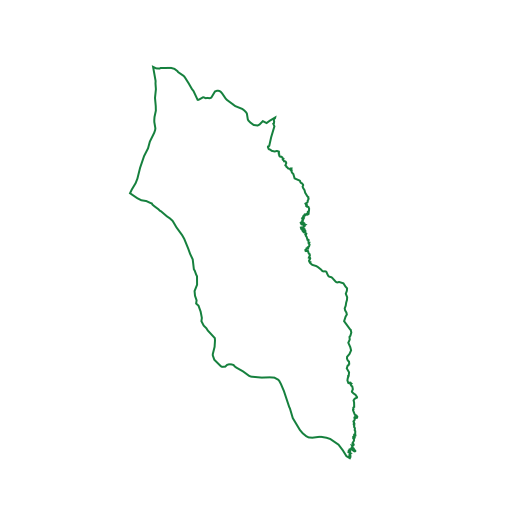 outline of Nambak, Louangphrabang, Laos, rotated 121°
{"feature_id": "54806243B57265531802207", "entity_name": "Nambak", "entity_type": "district", "adm_level": 2, "iso_a3": "LAO", "parent_name": "Laos", "parent_adm1": "Louangphrabang", "projection": "albers", "projection_center": [102.383, 20.596], "detail": "fine", "context": "isolated", "style": "outline", "palette": "green", "viewbox_px": 512, "rotation_deg": 121, "n_neighbors": 0, "source": "geoboundaries", "source_scale": "gbopen_adm2", "svg_char_len": 6057}
<svg xmlns="http://www.w3.org/2000/svg" viewBox="0 0 512 512"><g transform="rotate(121 256 256)"><path d="M270.5,137.4L266.5,146.9L261.8,148.0L259.4,148.0L257.9,149.4L256.7,151.6L255.2,153.0L252.4,153.5L249.5,154.7L246.8,155.4L244.4,156.6L242.1,159.6L239.0,160.2L236.8,161.3L236.1,163.6L234.4,167.0L235.5,171.5L236.6,172.4L237.0,173.4L237.0,174.4L235.4,179.7L235.4,180.7L236.0,182.5L235.9,183.6L235.0,185.2L233.4,187.4L233.3,188.1L233.6,189.0L234.5,190.3L234.7,191.4L234.1,193.4L233.6,197.3L233.6,199.2L234.6,203.2L234.5,204.0L234.1,206.1L233.9,206.4L233.3,206.3L233.4,207.4L232.8,208.1L231.2,208.1L230.9,208.6L230.0,208.4L229.4,209.3L229.8,209.9L227.6,210.2L226.7,211.2L226.8,211.7L226.3,212.6L225.6,213.2L225.4,213.9L224.8,214.3L226.1,215.7L226.1,216.2L225.4,216.8L224.3,216.3L223.5,216.6L222.7,215.3L222.1,215.3L221.8,216.1L220.3,215.5L218.7,215.9L218.3,216.9L217.4,217.1L217.8,217.6L216.3,218.7L215.2,219.1L215.1,219.5L215.6,220.2L213.4,222.6L213.1,223.6L212.7,223.8L212.3,224.6L211.6,224.2L210.9,224.4L210.9,225.7L209.6,226.3L210.0,226.8L208.9,227.1L208.6,227.7L208.0,228.1L208.0,228.6L208.5,228.6L209.2,228.1L210.0,228.1L210.5,227.3L211.0,227.5L210.4,229.2L209.4,230.3L209.5,231.2L208.5,232.2L208.1,231.8L207.9,230.4L207.2,230.0L206.7,230.4L205.5,229.7L205.2,229.8L205.1,230.4L203.8,229.8L203.9,230.3L205.2,231.0L205.0,231.4L203.9,230.8L203.9,231.5L203.4,232.1L204.2,232.6L203.9,233.1L204.0,233.3L204.9,232.6L205.3,232.8L205.4,233.4L204.5,234.8L203.9,234.6L203.0,233.1L202.9,234.1L202.7,234.2L202.4,233.8L201.8,234.0L201.8,234.6L201.5,234.7L200.7,234.4L200.3,235.2L199.8,234.5L199.3,234.5L199.6,235.2L199.3,235.7L198.4,235.0L197.8,235.1L197.8,235.9L197.5,236.0L197.1,235.7L195.3,235.7L195.0,235.2L195.3,234.6L194.1,234.4L193.7,233.8L194.3,233.6L194.1,233.2L193.0,232.6L192.7,232.7L192.7,233.5L192.1,233.1L191.5,233.4L192.2,234.0L191.5,234.3L191.0,233.8L190.8,234.1L190.1,233.8L188.0,234.9L186.9,236.4L187.5,237.7L187.3,238.7L186.1,238.6L185.9,238.9L186.2,239.7L185.6,240.6L183.8,239.6L182.9,239.6L181.9,240.2L180.6,240.2L179.7,240.5L179.4,241.1L178.6,241.4L178.4,242.7L176.4,246.5L174.6,248.3L173.3,250.9L172.5,251.8L171.1,252.0L170.6,252.4L170.0,254.3L170.2,255.2L169.9,255.9L169.0,256.9L168.9,257.5L169.6,262.9L166.5,266.2L166.1,267.8L165.3,269.1L164.2,269.5L164.4,270.4L162.7,270.7L163.0,271.3L164.0,271.9L164.4,273.7L163.9,274.9L164.0,275.6L163.4,276.4L163.2,277.5L160.8,277.9L160.1,278.6L159.8,279.5L160.4,280.7L159.9,281.3L159.6,282.7L158.5,282.7L158.6,283.4L157.9,284.3L157.9,285.8L158.4,286.3L158.4,287.0L158.0,287.8L156.7,288.6L156.7,289.1L155.8,289.7L155.0,289.8L154.7,290.2L155.2,292.2L156.8,293.8L157.8,296.8L157.5,298.4L157.8,299.6L157.7,300.3L156.5,301.9L156.0,302.1L155.5,301.6L154.7,301.4L146.3,304.2L135.4,307.0L133.7,309.3L133.0,309.0L131.4,309.7L129.9,311.1L128.0,310.7L127.4,310.9L133.0,313.9L136.6,315.4L136.9,319.6L141.5,320.7L143.3,321.8L144.9,325.5L144.5,329.6L143.8,332.3L143.1,333.4L138.7,337.1L138.0,338.3L137.3,340.9L137.0,343.4L138.2,351.0L137.2,361.2L136.7,363.1L134.1,368.7L133.4,370.9L133.4,372.2L133.8,373.5L134.5,374.6L136.1,375.9L143.0,375.9L143.6,376.1L144.7,377.1L145.5,379.0L146.7,380.5L146.9,382.4L147.2,383.1L150.9,385.2L151.9,385.9L152.2,386.5L146.8,394.5L145.9,396.9L142.6,402.8L139.4,409.2L138.9,410.7L138.5,417.4L138.0,418.5L137.6,422.3L138.5,425.6L144.0,434.6L145.0,435.2L146.6,438.2L146.9,441.6L157.7,432.2L159.9,431.0L164.6,427.7L172.5,424.0L179.2,419.1L183.0,416.7L189.1,414.6L191.7,413.3L193.5,412.2L198.4,408.0L200.1,407.3L202.9,406.7L212.6,405.9L219.3,404.0L228.0,403.4L240.0,400.8L250.8,397.5L255.6,396.7L262.9,396.7L267.1,396.3L267.6,387.5L267.3,383.1L265.4,378.3L264.9,373.6L264.6,372.4L265.3,371.2L265.7,368.7L266.2,363.6L266.7,361.8L266.6,360.5L267.9,352.8L268.1,349.2L268.8,345.7L269.5,344.3L272.4,339.0L276.2,330.0L278.3,326.3L284.5,318.0L288.1,313.6L291.5,308.5L299.4,302.4L300.1,301.0L302.7,297.8L303.8,296.1L311.0,291.7L317.7,290.6L321.5,287.8L324.6,284.1L327.6,282.8L328.2,279.7L332.2,274.8L337.0,270.5L340.0,269.2L342.6,265.0L343.5,261.3L344.7,259.0L347.6,249.0L349.6,247.6L355.2,244.7L362.4,242.5L363.5,241.8L366.4,238.3L368.6,229.3L368.5,228.0L366.7,225.4L364.2,224.7L362.7,223.3L361.6,221.3L361.0,219.1L361.6,217.4L361.8,215.3L361.6,207.7L362.3,200.0L361.9,198.0L357.3,188.5L352.9,181.7L350.8,177.6L350.6,173.2L351.1,171.7L352.9,168.7L357.4,162.5L368.3,149.8L369.2,148.4L376.0,141.0L382.5,128.8L383.9,124.7L384.6,120.1L384.4,117.5L382.8,114.2L378.4,108.6L377.4,106.9L375.5,102.0L374.6,98.1L375.2,88.1L377.9,81.4L381.0,75.4L381.0,71.4L379.8,71.5L379.2,71.8L379.3,72.7L378.7,72.3L378.4,72.4L378.2,73.3L377.7,73.3L377.7,73.7L377.3,73.8L376.7,73.3L376.7,73.9L375.6,74.0L375.4,74.3L375.5,74.7L376.4,75.3L376.5,75.7L375.0,76.3L374.6,76.1L374.7,75.3L374.3,75.3L373.5,76.1L373.0,75.7L372.6,73.8L372.8,71.1L372.6,70.7L372.2,70.4L371.7,70.7L371.4,72.7L370.7,73.0L370.6,74.2L371.3,74.8L371.2,75.3L370.7,75.4L369.7,75.1L369.3,75.4L368.9,76.3L368.4,75.3L367.5,75.0L367.0,75.6L366.7,76.9L364.1,76.9L363.2,77.2L362.7,77.6L362.2,78.8L361.3,79.3L361.2,78.7L361.6,78.2L361.4,77.9L360.9,77.8L360.6,78.2L360.6,79.1L359.2,79.2L358.9,79.8L358.5,79.8L358.4,79.4L358.9,78.5L358.8,78.3L358.4,78.4L357.7,79.2L355.0,80.7L354.4,81.8L353.3,82.1L352.4,82.9L352.0,83.9L350.8,84.4L350.2,85.4L349.8,85.5L349.2,85.2L348.8,86.2L348.2,86.2L347.5,87.3L346.2,87.0L345.3,87.2L343.7,88.5L343.1,88.3L343.3,86.8L342.6,86.1L341.6,86.4L341.0,87.8L341.2,89.5L338.2,93.4L337.7,93.7L337.2,93.5L336.2,94.4L335.3,94.4L334.8,94.1L331.0,96.5L329.5,98.0L327.5,97.9L325.3,96.5L324.9,96.7L323.7,99.3L323.6,101.6L323.1,103.7L322.8,104.0L320.3,104.4L318.2,106.3L318.1,107.5L317.3,108.9L316.3,108.5L316.2,109.3L315.9,109.7L316.0,110.2L317.3,111.2L317.3,111.5L315.5,113.6L313.3,114.5L312.8,114.4L311.5,115.2L311.2,114.8L310.6,115.0L307.8,116.3L305.6,120.3L302.8,121.0L302.0,120.4L301.2,120.7L300.5,120.5L298.6,121.9L298.3,123.5L297.6,124.5L296.9,125.3L295.5,126.0L291.9,125.4L287.9,125.9L285.6,128.2L282.8,132.2L279.4,132.6L277.2,134.2L275.8,134.0L272.5,134.9L270.5,136.8L270.5,137.4Z" fill="none" stroke="#15803d" stroke-width="2"/></g></svg>